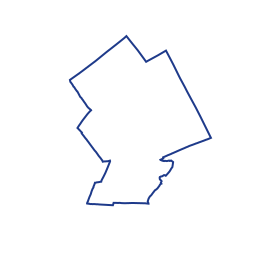 the district of Cosoveni, Dolj, Romania, rotated 303°
{"feature_id": "2599482B99392647375272", "entity_name": "Cosoveni", "entity_type": "district", "adm_level": 2, "iso_a3": "ROU", "parent_name": "Romania", "parent_adm1": "Dolj", "projection": "equal_earth", "projection_center": [23.934, 44.254], "detail": "fine", "context": "isolated", "style": "outline", "palette": "blue", "viewbox_px": 256, "rotation_deg": 303, "n_neighbors": 0, "source": "geoboundaries", "source_scale": "gbopen_adm2", "svg_char_len": 4876}
<svg xmlns="http://www.w3.org/2000/svg" viewBox="0 0 256 256"><g transform="rotate(303 128 128)"><path d="M164.9,202.9L177.0,182.5L182.0,173.8L186.5,165.5L191.0,157.3L193.1,153.7L195.4,149.5L198.0,144.7L199.4,142.3L205.9,131.4L209.8,124.5L213.6,117.7L205.4,113.6L193.4,107.1L194.5,104.3L198.5,93.8L201.0,86.1L202.5,81.6L203.4,79.0L204.2,76.6L203.4,76.4L201.2,75.8L196.6,74.3L192.1,72.8L179.6,68.5L166.8,64.4L147.5,57.4L136.7,53.1L136.3,53.5L135.7,54.1L135.4,54.4L135.3,54.5L135.2,54.9L134.8,56.0L134.5,56.8L134.2,57.6L134.1,57.8L134.0,58.0L133.8,58.4L133.4,59.1L133.2,59.5L133.0,59.8L133.0,60.0L133.0,60.3L133.0,60.6L132.9,60.8L132.7,61.2L132.5,61.6L131.9,62.9L131.3,64.5L131.0,65.2L131.1,65.6L131.0,65.8L130.8,66.1L129.7,68.1L128.4,70.4L128.1,70.9L128.0,71.5L127.9,71.9L127.9,72.4L127.5,73.2L127.2,73.9L127.0,74.6L126.8,75.1L126.1,76.7L125.4,78.6L124.9,79.7L124.5,80.6L123.9,81.9L123.7,82.5L123.5,83.2L123.3,84.1L123.2,84.9L122.9,87.2L122.8,87.4L122.4,87.3L121.7,87.1L120.7,86.9L119.6,86.7L117.5,86.4L113.8,86.1L110.1,85.8L107.7,85.7L106.8,85.7L105.3,85.7L103.9,85.6L103.2,85.6L100.5,85.6L100.4,85.7L100.4,85.8L100.5,85.9L100.4,86.2L100.4,86.4L100.1,87.3L99.8,88.8L99.4,90.3L99.1,91.8L98.6,91.8L98.3,92.0L97.7,93.7L97.2,95.2L97.0,95.9L96.8,96.2L96.6,96.8L96.3,97.7L95.9,98.9L95.9,99.2L95.2,100.9L95.0,101.5L94.7,102.4L94.1,103.9L93.2,106.3L92.8,107.4L92.4,108.4L92.0,109.6L91.7,110.3L91.0,112.2L90.5,114.1L89.4,116.9L88.7,118.5L87.8,121.4L87.1,123.2L86.8,123.9L86.8,124.1L86.7,124.2L86.5,124.5L86.4,124.7L86.2,124.9L86.0,125.2L86.4,125.6L87.1,126.4L87.8,127.4L88.5,128.3L89.0,129.0L89.8,129.8L90.5,130.4L90.8,130.6L90.5,131.0L90.0,131.2L89.0,131.4L85.5,132.1L82.4,132.7L77.9,133.5L73.6,134.0L71.1,134.2L69.4,134.4L68.4,134.8L68.1,134.4L67.7,134.0L66.9,133.2L66.0,132.2L65.5,131.5L64.5,130.7L64.1,130.1L62.3,130.6L60.0,131.0L59.3,131.4L57.9,131.4L56.8,131.6L55.3,131.9L53.5,132.4L52.6,132.7L51.0,133.0L49.5,133.2L46.7,133.8L45.1,134.2L42.8,134.6L42.4,134.8L42.8,135.8L43.2,136.5L43.4,136.8L43.5,137.2L43.5,137.4L43.8,138.0L44.5,139.0L44.8,139.7L45.1,140.1L45.7,140.9L46.4,142.2L46.9,143.2L47.5,144.1L48.2,145.5L55.0,157.4L55.5,157.3L56.0,157.1L57.1,156.8L57.4,156.7L59.7,160.4L60.8,162.0L61.3,163.1L61.8,164.0L63.2,166.3L64.5,168.2L65.6,169.8L67.5,172.5L74.5,183.9L74.5,184.0L75.7,186.4L76.0,186.2L77.2,184.5L78.3,184.2L80.2,183.7L81.4,183.7L82.4,183.6L83.1,183.8L83.4,183.9L84.4,184.1L86.2,184.2L88.0,184.3L88.4,184.4L89.0,184.4L90.1,184.5L90.4,184.5L90.7,184.7L91.7,185.1L93.0,185.5L93.4,185.6L93.7,185.6L94.0,185.6L94.4,185.7L94.8,185.7L95.1,185.7L95.7,185.7L96.2,185.8L96.7,185.8L97.1,185.8L97.5,185.7L98.1,185.7L98.5,185.8L98.8,185.9L99.2,186.1L99.5,186.3L99.6,186.1L99.6,185.9L99.7,185.7L99.8,185.5L100.1,185.3L100.6,185.3L101.2,185.2L101.6,185.2L101.8,185.0L102.0,184.5L102.1,183.7L102.2,183.0L102.3,182.7L102.5,182.5L103.4,181.7L103.8,181.5L104.2,181.4L104.3,181.5L104.6,181.7L105.0,181.9L105.4,182.1L105.6,182.4L105.8,182.7L106.2,183.0L106.5,183.1L107.3,183.5L107.9,183.7L108.1,184.0L108.5,184.5L108.5,184.8L108.4,185.5L108.5,185.7L111.8,186.2L114.1,186.5L114.9,186.5L115.6,186.5L116.7,186.4L118.2,186.4L119.4,186.5L121.6,185.5L122.5,185.1L124.0,184.4L124.1,184.0L124.1,183.7L124.1,182.9L124.1,182.5L124.2,182.2L124.2,181.8L124.1,181.7L123.9,181.6L123.6,181.5L123.5,181.4L123.4,181.3L123.1,181.0L123.0,180.7L123.1,180.2L122.8,179.9L121.8,179.0L121.5,178.7L121.2,178.2L120.8,177.3L120.5,176.8L120.3,176.6L120.0,176.4L119.8,176.0L119.5,175.3L119.2,174.1L119.1,173.8L119.1,173.3L118.9,172.7L119.0,172.5L121.7,174.2L122.5,173.4L123.1,173.8L123.7,174.2L124.4,174.7L125.2,175.2L125.4,175.3L125.5,175.4L125.9,175.7L126.2,175.8L126.5,176.0L127.1,176.4L127.5,176.7L127.9,177.0L128.3,177.3L128.8,177.6L129.0,177.7L129.2,177.9L129.6,178.2L130.0,178.4L130.5,178.7L130.6,178.8L130.9,178.9L131.3,179.3L131.7,179.5L132.1,179.8L132.6,180.1L133.0,180.4L133.4,180.6L133.8,180.9L134.2,181.2L134.6,181.4L135.0,181.7L135.4,181.9L135.7,182.2L136.1,182.4L136.6,182.7L137.0,183.0L137.5,183.3L137.9,183.6L138.4,183.9L138.8,184.2L139.3,184.5L139.7,184.8L140.2,185.1L140.6,185.4L141.0,185.7L141.5,186.0L141.9,186.3L142.3,186.6L142.8,186.8L143.2,187.1L143.6,187.4L144.0,187.7L144.5,188.0L144.9,188.3L145.3,188.6L145.7,188.8L146.2,189.1L146.6,189.4L147.0,189.7L147.4,190.0L147.8,190.3L148.3,190.7L148.7,191.0L149.1,191.3L149.5,191.6L149.9,191.9L150.3,192.2L150.7,192.5L151.1,192.8L151.6,193.1L152.0,193.4L152.3,193.7L152.7,194.0L153.1,194.3L153.5,194.6L153.9,194.9L154.3,195.2L154.7,195.4L155.0,195.7L155.4,196.0L155.8,196.3L156.2,196.6L156.6,196.9L157.0,197.2L157.3,197.4L157.7,197.7L158.1,198.0L158.4,198.3L158.8,198.5L159.1,198.8L159.5,199.0L159.8,199.3L160.2,199.5L160.5,199.8L160.9,200.0L161.2,200.3L161.5,200.6L161.9,200.8L162.2,201.1L162.5,201.3L162.9,201.6L163.3,201.8L163.7,202.1L164.0,202.3L164.4,202.6L164.5,202.6L164.9,202.9Z" fill="none" stroke="#1e3a8a" stroke-width="2"/></g></svg>